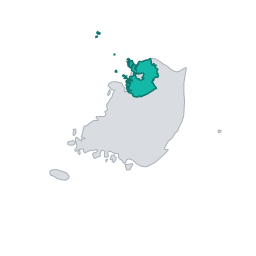 South Korea, with Gyeonggi highlighted, rotated 34°
{"feature_id": "KOR-2498", "entity_name": "Gyeonggi", "entity_type": "Province", "adm_level": 1, "iso_a3": "KOR", "parent_name": "South Korea", "parent_adm1": "", "projection": "robinson", "projection_center": [126.66, 37.546], "detail": "fine", "context": "in_parent", "style": "filled", "palette": "teal", "viewbox_px": 256, "rotation_deg": 34, "n_neighbors": 0, "source": "natural_earth", "source_scale": "10m", "svg_char_len": 8337}
<svg xmlns="http://www.w3.org/2000/svg" viewBox="0 0 256 256"><g transform="rotate(34 128 128)"><path d="M99.4,71.1L100.1,70.6L100.2,69.7L100.2,67.0L102.4,65.1L105.5,61.3L107.0,59.2L108.8,57.2L110.8,55.9L112.7,55.3L115.9,55.0L121.8,55.2L123.0,55.0L127.1,54.8L128.1,55.2L131.1,55.4L134.5,55.1L136.2,54.6L137.7,53.6L139.1,51.8L140.4,48.6L141.9,46.0L142.8,45.6L149.0,59.2L154.9,67.9L160.0,74.3L167.2,86.5L169.3,93.1L169.6,97.1L170.8,102.7L169.9,105.9L170.2,111.0L169.8,113.5L168.9,115.5L168.9,119.1L169.2,121.1L169.3,123.7L169.9,124.7L170.7,125.1L172.0,124.1L173.6,123.7L173.3,126.8L171.5,134.7L169.9,140.5L167.6,145.5L164.8,150.1L161.3,151.9L158.8,152.5L154.2,152.8L150.3,152.0L147.0,152.6L145.6,153.5L144.6,155.1L145.4,157.7L145.3,159.6L143.9,159.4L141.0,158.3L137.9,158.2L136.4,157.6L134.9,155.0L133.4,155.1L130.8,156.7L126.8,157.0L125.4,157.9L124.9,159.0L125.5,160.4L127.5,162.3L126.8,164.1L124.7,165.1L123.0,162.8L121.9,160.5L120.7,160.4L118.9,161.0L118.5,163.5L119.4,165.1L120.8,167.0L118.8,169.3L118.3,170.8L116.9,172.0L113.1,169.5L113.6,167.7L115.3,165.9L115.5,164.1L114.9,163.1L109.4,167.6L106.0,172.7L104.2,172.4L103.5,171.0L102.4,170.5L98.8,173.8L98.1,176.4L96.7,176.5L96.1,175.4L96.1,173.0L95.5,171.0L91.7,168.1L90.0,165.6L90.9,164.2L94.1,164.9L96.6,164.8L96.1,163.6L95.3,163.0L96.9,162.4L98.3,161.0L97.2,160.6L95.4,161.4L93.9,161.0L93.4,157.7L91.6,154.3L90.7,150.9L92.4,149.0L93.3,146.1L95.0,141.8L95.8,140.4L98.0,139.4L98.8,138.3L97.6,137.7L95.6,137.2L95.7,136.0L97.0,135.3L98.5,133.9L101.5,132.3L102.4,129.1L101.5,128.4L99.7,127.6L100.1,126.0L100.9,124.8L100.6,124.1L98.4,122.1L97.0,120.2L97.4,118.1L97.1,114.9L97.3,112.2L97.2,110.7L96.1,107.5L95.7,104.2L94.3,104.7L93.2,105.5L89.2,104.3L87.9,104.2L87.4,101.8L88.9,98.8L92.2,96.2L94.2,95.8L95.7,94.7L97.9,94.3L100.7,96.1L103.1,96.4L104.5,99.6L105.3,100.2L105.5,99.1L107.5,97.7L108.0,96.7L107.5,96.2L105.3,95.6L103.2,91.8L102.9,90.1L102.2,89.0L103.3,85.9L100.9,82.4L99.8,81.3L99.9,78.1L98.7,76.1L98.0,75.0L97.6,73.1L97.9,72.3L99.0,71.9L99.4,71.1ZM91.5,209.8L90.4,210.4L89.3,210.0L89.0,209.7L87.7,208.0L87.4,207.1L88.3,205.4L91.8,202.5L100.9,199.8L102.6,199.7L106.2,200.9L106.9,203.0L106.3,204.9L105.4,206.2L101.3,208.3L98.0,209.3L91.5,209.8ZM152.8,161.8L150.5,163.6L147.2,161.1L146.4,159.7L148.9,157.7L151.0,155.4L152.3,155.2L152.8,161.8ZM135.7,161.5L135.4,164.5L133.6,164.7L132.6,162.7L131.4,163.7L130.8,163.7L129.9,161.3L129.8,159.4L131.9,158.0L133.1,158.9L135.0,159.3L135.7,161.5ZM89.2,174.8L87.5,175.3L86.6,174.2L86.0,173.9L86.3,172.6L89.0,169.9L89.5,168.9L92.0,169.5L92.9,170.9L91.8,173.1L89.2,174.8ZM96.5,72.5L96.4,76.5L95.0,76.3L94.1,75.9L93.7,75.2L92.7,71.4L93.8,69.9L95.8,71.1L96.5,72.5ZM87.6,163.8L87.3,164.6L86.2,164.3L85.0,162.2L84.6,160.6L83.4,159.7L85.2,158.2L87.5,160.8L87.6,163.8ZM93.9,110.3L93.5,112.3L91.9,111.0L91.4,106.6L93.1,107.9L93.9,110.3ZM206.8,80.3L205.7,81.3L204.3,80.3L204.1,79.4L204.8,78.6L206.5,78.1L207.2,78.8L206.8,80.3ZM102.4,175.6L102.8,177.1L100.7,176.8L99.7,175.4L99.8,174.2L101.0,174.0L102.4,175.6ZM128.9,167.4L128.7,168.3L127.4,166.9L128.6,165.3L128.9,167.4Z" fill="#d9dde1" stroke="#a8b0b8" stroke-width="1"/><path d="M100.2,69.7L100.0,67.1L100.2,66.4L100.5,66.2L100.9,66.1L101.6,65.9L102.6,65.1L104.7,62.0L105.1,61.6L106.1,60.9L106.5,60.4L107.4,58.4L107.7,58.0L108.2,58.3L109.4,59.0L109.6,59.5L109.9,59.7L110.1,60.0L110.3,60.5L110.6,60.9L110.9,60.8L111.2,61.1L112.0,61.9L112.9,62.3L113.3,61.8L113.3,60.8L113.3,60.5L113.5,60.3L113.7,60.7L113.8,61.0L114.3,61.3L114.9,61.2L115.3,60.9L115.6,60.4L115.8,60.3L116.0,60.3L116.4,60.5L116.1,60.9L115.9,61.4L115.9,62.0L116.3,62.3L116.7,62.5L117.7,62.8L118.7,62.4L119.2,62.7L119.3,62.7L119.5,62.6L119.8,62.7L120.1,63.4L120.2,64.8L120.5,65.6L121.2,66.1L121.7,66.0L122.3,66.1L122.7,67.0L123.1,67.2L123.6,67.2L124.2,68.1L124.1,69.4L123.8,69.8L123.3,69.9L122.0,70.8L122.1,71.3L122.1,71.8L121.9,72.2L122.1,72.8L122.2,73.3L121.5,74.1L121.8,74.5L122.5,74.3L122.5,74.9L122.4,75.5L122.1,76.0L122.1,76.5L122.6,77.0L123.3,76.8L124.0,76.9L124.6,77.3L125.3,77.5L126.7,78.3L127.5,78.4L128.1,78.6L128.7,78.7L129.1,79.0L129.4,79.4L129.1,80.0L128.6,80.2L128.2,80.7L127.8,81.3L128.0,82.0L127.8,82.6L126.3,85.8L125.2,88.5L123.6,91.2L123.4,91.5L123.0,91.8L121.6,94.4L120.9,94.9L120.8,94.7L120.3,94.6L119.9,95.0L119.7,95.5L119.4,95.9L118.8,96.1L118.4,96.6L118.1,97.5L117.3,97.7L116.2,98.2L115.1,98.6L113.9,98.4L112.9,97.6L111.9,97.1L109.8,98.0L108.8,98.0L107.6,97.8L107.9,97.5L108.3,97.4L108.6,97.1L108.7,96.3L108.7,96.2L108.4,95.9L108.5,95.8L108.8,95.8L109.2,95.6L109.4,95.5L109.5,95.4L109.6,95.1L108.1,95.5L107.9,95.8L108.0,96.7L107.8,96.9L107.2,97.1L106.4,97.0L105.4,96.5L104.5,95.6L104.1,94.8L105.6,94.6L105.3,94.2L105.6,94.2L105.9,94.2L106.1,94.3L106.3,94.5L106.2,93.9L105.9,93.4L105.6,92.8L105.8,92.0L105.5,91.8L105.3,92.1L105.2,92.6L105.1,93.1L105.0,93.6L104.8,93.7L104.5,93.5L103.6,93.7L102.4,93.4L102.4,93.1L102.3,92.8L102.4,92.3L102.3,91.8L102.6,91.3L103.0,90.8L103.4,90.7L103.8,90.5L104.4,90.5L105.1,90.3L105.3,90.1L105.3,89.6L105.1,89.4L104.8,89.6L104.3,90.1L103.9,90.0L103.7,89.9L103.6,89.6L103.6,89.3L103.0,89.5L102.5,89.9L101.6,90.8L101.4,91.0L101.1,91.1L100.8,91.1L100.7,90.9L100.7,90.7L100.8,90.4L101.2,89.9L100.5,90.0L100.2,90.0L100.1,89.6L100.3,89.2L100.6,89.1L100.9,89.0L101.2,88.8L101.5,88.4L101.4,88.3L100.7,88.4L100.0,87.2L100.3,86.9L100.5,87.1L100.8,87.1L101.3,86.9L101.7,87.0L102.0,87.2L102.3,87.3L102.7,87.2L102.7,87.5L102.7,87.8L102.8,88.1L103.1,88.2L103.3,88.1L103.5,87.8L103.6,87.2L104.0,86.5L104.4,86.6L104.7,86.8L105.3,86.7L105.2,86.5L105.0,86.3L104.8,86.2L104.6,86.1L104.2,86.1L104.1,85.9L103.7,85.8L103.4,85.9L103.1,85.9L102.6,85.8L101.8,85.6L100.8,84.8L100.7,84.4L101.2,83.8L101.5,83.4L102.3,83.2L102.8,82.8L103.2,82.2L103.4,81.4L103.2,81.0L102.8,80.8L102.5,80.2L102.5,79.5L101.0,78.1L98.6,78.2L98.3,77.5L97.8,76.7L97.5,76.4L97.5,76.0L97.4,75.4L97.1,74.5L96.8,72.0L96.9,71.5L97.2,71.5L98.6,72.0L99.0,71.9L99.4,71.7L99.7,71.6L100.1,71.9L100.2,72.2L100.2,72.8L100.2,73.4L100.1,73.7L100.0,74.5L100.8,75.1L101.8,75.5L102.4,75.5L101.9,75.0L100.5,74.0L100.9,73.0L101.0,72.3L100.9,71.9L100.7,71.4L100.6,70.8L100.7,70.2L101.0,69.7L100.8,69.5L100.6,69.5L100.2,69.7ZM111.4,78.2L111.7,77.3L111.7,76.6L111.4,75.9L111.2,74.9L110.8,74.2L109.9,74.1L109.1,74.3L108.6,74.8L108.3,75.5L107.7,76.3L106.6,76.4L106.4,76.8L106.4,77.4L105.8,77.7L105.2,77.9L104.4,77.4L103.7,77.4L103.4,78.1L104.0,78.8L104.5,79.5L104.6,80.4L105.1,80.7L105.8,80.9L106.6,81.8L107.6,81.9L108.1,81.8L108.5,81.6L109.1,81.4L109.8,81.2L110.1,81.9L110.8,81.5L111.5,81.4L112.2,81.0L112.4,80.6L112.8,80.0L112.6,79.8L112.6,79.2L113.0,79.0L113.4,78.8L113.4,78.4L113.2,77.9L112.7,77.9L112.1,78.2L111.4,78.2ZM96.2,76.8L95.8,76.7L95.6,76.4L95.4,76.3L95.1,76.5L93.7,76.6L93.3,76.4L92.7,75.7L93.5,75.5L93.7,75.4L93.9,75.1L93.9,74.9L93.7,74.8L93.6,74.7L92.7,73.0L92.7,72.8L92.8,72.5L92.7,71.0L92.8,70.7L93.1,70.6L93.7,70.0L94.1,69.8L94.5,70.1L94.9,70.5L95.3,70.9L96.1,71.3L96.4,71.6L96.5,72.1L96.5,72.3L96.4,72.7L96.3,72.9L96.4,73.1L96.6,73.5L96.8,74.8L96.7,75.1L96.8,75.3L97.0,75.7L96.7,75.9L96.4,76.5L96.2,76.8ZM51.8,65.1L52.0,65.4L52.0,65.9L51.6,66.1L51.2,65.8L50.5,65.9L50.4,66.0L50.4,66.3L50.6,66.4L50.9,66.4L51.1,66.6L50.5,66.9L49.5,66.8L48.8,66.2L49.0,65.1L49.7,65.3L51.1,64.9L51.8,65.1ZM90.9,70.5L91.4,70.5L91.8,70.6L92.1,70.8L91.9,71.4L91.4,71.7L90.9,71.8L89.8,71.5L89.3,71.8L89.1,71.8L89.0,71.5L89.3,70.5L89.6,70.2L90.0,70.1L90.4,70.2L90.9,70.5ZM92.1,73.5L92.7,74.0L93.0,74.3L93.0,74.6L92.7,74.9L92.2,74.9L90.5,73.6L90.8,73.5L90.9,73.2L91.0,72.6L91.3,72.2L91.5,72.2L91.6,72.3L91.8,73.1L91.9,73.3L92.1,73.5ZM98.9,87.1L99.0,87.5L98.8,87.8L97.6,88.8L97.0,88.9L97.0,88.7L97.3,88.4L97.3,88.1L97.2,88.0L97.5,87.6L97.5,87.2L97.4,86.8L97.2,86.5L97.0,86.3L97.1,86.2L97.5,86.4L97.8,86.1L97.8,86.4L97.9,86.6L98.2,86.8L98.7,87.0L98.9,87.1ZM95.6,86.4L95.8,86.6L95.9,86.9L95.8,87.1L95.6,87.2L95.5,87.4L95.4,87.5L95.2,87.8L94.9,87.9L94.7,87.7L94.4,87.6L94.3,87.3L94.4,86.9L94.6,86.6L95.0,86.4L95.6,86.4ZM86.0,87.9L85.8,88.1L85.7,88.0L85.7,87.4L85.9,87.0L86.1,86.8L86.3,86.9L86.4,87.2L86.6,87.3L87.2,87.6L87.4,87.8L87.3,88.0L87.0,88.3L86.8,88.4L86.5,88.5L86.2,88.4L86.0,87.9ZM51.3,69.2L51.5,69.3L51.3,70.3L51.1,70.4L50.9,70.4L50.7,70.4L50.6,70.6L50.2,70.1L50.3,69.8L50.7,69.5L51.1,69.1L51.3,69.2ZM75.6,74.3L75.9,74.3L76.1,74.5L76.0,74.8L75.8,75.0L75.6,75.1L75.4,74.5L75.4,74.3L75.6,74.3Z" fill="#14b8a6" stroke="#0f766e" stroke-width="1.5"/></g></svg>